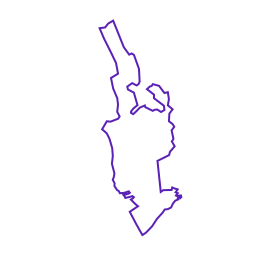 Jondor, Bukhoro, Uzbekistan, rotated 39°
{"feature_id": "79887680B67164743475948", "entity_name": "Jondor", "entity_type": "district", "adm_level": 2, "iso_a3": "UZB", "parent_name": "Uzbekistan", "parent_adm1": "Bukhoro", "projection": "orthographic", "projection_center": [63.66, 39.945], "detail": "fine", "context": "isolated", "style": "outline", "palette": "violet", "viewbox_px": 256, "rotation_deg": 39, "n_neighbors": 0, "source": "geoboundaries", "source_scale": "gbopen_adm2", "svg_char_len": 1616}
<svg xmlns="http://www.w3.org/2000/svg" viewBox="0 0 256 256"><g transform="rotate(39 128 128)"><path d="M108.6,87.2L107.9,84.7L99.4,75.2L86.7,67.5L84.0,67.7L82.8,70.2L74.0,67.9L48.9,53.9L46.9,59.2L46.9,64.3L43.1,68.3L53.1,73.6L67.0,79.9L77.8,85.0L86.1,92.1L83.3,99.8L91.7,106.7L100.9,111.6L105.7,116.3L109.4,122.2L114.2,124.3L114.5,127.0L110.4,134.1L107.3,136.1L108.7,145.3L114.8,145.5L120.5,148.1L128.4,153.6L133.8,159.3L138.0,165.9L146.0,171.8L148.0,175.4L148.7,177.8L152.4,179.4L153.9,181.6L158.6,183.1L160.5,182.8L162.7,183.8L166.0,180.6L168.4,176.8L170.2,177.2L169.7,178.9L166.6,182.9L168.6,183.3L169.9,184.0L172.7,180.5L174.3,178.1L176.1,178.1L176.1,179.4L175.3,181.8L181.9,182.5L185.0,182.5L182.1,192.0L195.1,197.6L206.5,202.1L207.8,198.3L208.6,189.3L207.7,180.3L208.2,171.9L207.8,168.3L210.0,166.0L211.5,162.7L210.5,158.5L210.4,154.8L211.9,152.0L210.8,151.3L210.9,149.5L212.7,149.9L212.9,148.1L211.5,147.1L209.0,149.9L207.8,150.3L207.7,147.3L205.5,148.0L205.2,144.5L202.2,145.7L199.8,146.4L200.9,148.7L198.7,150.6L194.5,154.1L193.7,157.1L171.6,135.0L177.0,123.2L175.6,120.0L175.8,112.9L170.5,110.8L170.2,107.9L163.4,102.4L163.2,98.0L160.3,96.9L155.6,97.0L151.1,90.8L150.9,85.4L144.7,85.3L141.6,79.8L136.4,75.1L134.3,77.9L125.6,75.7L119.7,78.3L119.9,80.6L118.9,82.0L118.5,84.4L118.3,85.9L127.2,85.7L129.4,88.5L141.9,88.1L145.0,91.1L143.6,94.8L139.2,95.2L137.4,96.8L136.4,99.1L128.3,100.9L126.9,99.9L124.3,104.9L124.0,109.4L123.3,114.0L120.7,114.3L120.0,113.3L119.9,109.4L121.0,104.3L110.3,96.8L103.7,98.1L101.4,96.3L103.0,90.5L107.9,89.5L108.6,87.2Z" fill="none" stroke="#5b21b6" stroke-width="2"/></g></svg>